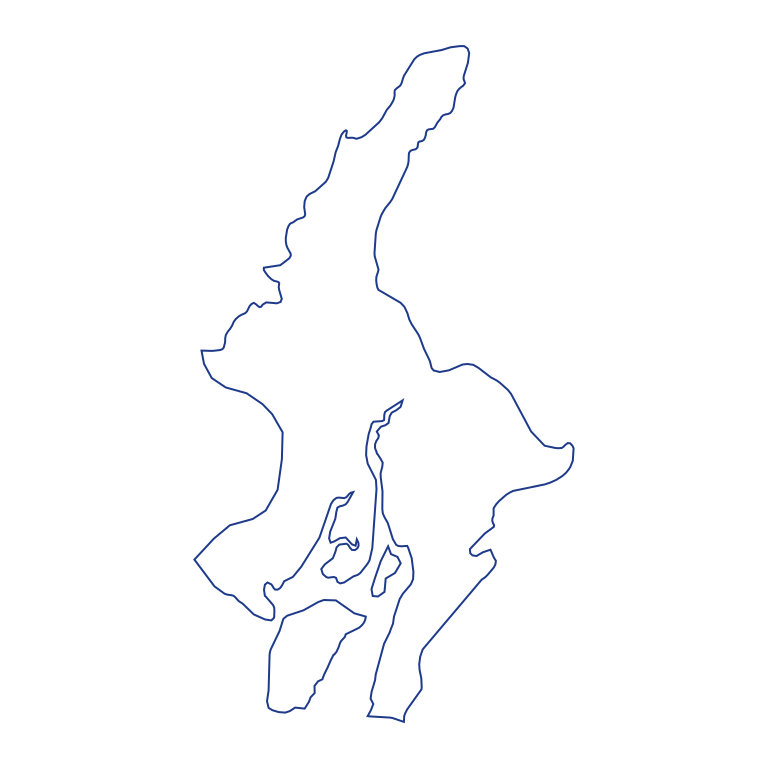 Guayas, Robinson projection
{"feature_id": "ECU-1280", "entity_name": "Guayas", "entity_type": "Province", "adm_level": 1, "iso_a3": "ECU", "parent_name": "Ecuador", "parent_adm1": "", "projection": "robinson", "projection_center": [-79.898, -1.951], "detail": "fine", "context": "isolated", "style": "outline", "palette": "blue", "viewbox_px": 768, "rotation_deg": 0, "n_neighbors": 0, "source": "natural_earth", "source_scale": "10m", "svg_char_len": 5798}
<svg xmlns="http://www.w3.org/2000/svg" viewBox="0 0 768 768"><path d="M367.7,716.1L371.0,710.0L373.3,704.0L370.6,698.7L371.6,691.8L375.1,680.0L375.7,674.6L384.1,643.7L389.8,632.2L390.4,630.2L393.0,623.7L394.0,616.6L399.7,599.0L402.8,593.8L410.8,584.4L413.1,579.1L413.4,571.7L411.7,558.2L408.1,547.6L407.2,545.9L401.4,546.3L398.3,546.0L396.2,544.8L392.9,539.2L387.8,523.0L384.4,517.0L382.8,513.3L382.3,509.0L382.5,491.3L380.7,477.2L380.6,473.2L382.3,466.6L382.7,462.5L381.5,460.6L381.0,459.4L377.6,454.2L376.8,453.4L376.4,451.3L375.6,449.8L375.0,447.7L375.1,444.0L376.5,440.7L378.3,438.1L378.9,435.4L376.8,431.6L380.9,426.7L385.2,425.3L388.5,423.1L389.8,416.0L391.8,412.6L396.2,410.3L400.6,406.9L402.6,400.4L386.7,410.6L385.0,412.1L384.3,414.8L384.1,420.1L382.1,421.1L373.5,421.7L371.5,424.3L371.0,426.7L368.7,434.0L366.5,446.2L366.1,455.0L367.7,463.7L375.9,479.8L376.5,489.0L372.3,548.1L369.5,560.4L367.6,563.7L360.3,573.0L357.7,574.9L353.4,576.4L344.1,582.5L340.2,583.4L337.5,581.9L336.0,577.8L333.8,577.0L328.1,577.7L326.2,577.0L322.8,574.0L321.3,569.0L324.9,564.3L332.9,558.2L335.4,551.8L336.6,547.3L339.3,544.6L346.5,543.7L348.2,544.9L349.8,547.5L351.9,549.9L354.9,550.1L357.4,548.3L358.6,545.8L358.4,542.7L356.8,539.4L355.6,545.7L352.0,544.4L345.7,537.5L339.8,538.2L334.5,541.3L330.6,542.7L329.1,538.4L330.2,531.7L335.3,518.8L336.4,511.5L337.4,507.7L339.8,506.3L342.9,505.6L345.7,504.3L347.7,501.9L353.2,492.1L350.7,492.8L349.3,493.8L346.5,497.1L344.3,498.1L338.9,497.6L336.4,497.9L333.4,500.3L331.0,504.0L319.4,537.7L301.2,566.8L292.9,576.9L284.2,581.2L282.2,585.1L280.2,588.0L277.7,589.6L275.2,589.6L273.8,588.3L272.8,586.5L271.4,584.4L267.5,582.5L264.9,584.7L264.0,589.8L264.9,595.9L265.9,596.7L273.2,605.2L274.2,607.7L274.4,611.1L274.1,617.7L271.4,620.4L265.2,619.5L253.9,614.5L242.6,603.6L238.7,601.1L235.2,597.2L233.7,595.9L232.0,595.3L227.2,594.6L224.7,593.8L214.5,586.4L194.4,559.6L213.8,538.7L229.8,525.3L252.7,519.0L265.7,510.5L277.6,489.8L281.9,459.1L282.6,432.3L272.2,414.2L262.5,404.1L246.7,393.3L225.6,387.4L211.7,378.0L204.0,363.8L201.5,350.6L212.6,350.9L220.4,350.0L222.6,349.0L223.8,347.4L224.3,345.3L224.9,343.3L225.2,341.0L225.2,338.4L225.8,335.1L227.8,331.6L230.2,328.7L232.2,325.4L233.7,321.9L235.7,319.1L238.9,316.3L241.5,314.8L245.3,313.1L247.0,311.4L249.6,306.1L251.6,303.9L253.8,302.9L255.8,304.1L257.8,305.9L259.5,307.1L261.2,306.7L262.7,304.6L266.3,302.4L276.8,303.3L280.5,302.0L281.8,298.9L279.2,290.0L278.7,287.2L279.0,284.8L279.2,283.2L278.6,282.2L276.9,281.5L274.1,280.9L271.5,279.3L268.0,276.0L265.2,272.2L263.7,269.7L263.9,267.7L280.3,265.2L289.4,258.2L290.8,255.6L290.6,253.5L287.6,248.2L286.4,245.1L285.8,241.3L285.8,237.8L287.1,229.7L288.4,226.3L290.0,223.8L291.3,223.0L293.0,222.4L297.2,219.4L303.2,217.4L304.7,216.1L305.2,214.3L304.2,207.2L304.7,201.1L306.5,196.8L309.4,194.1L315.3,191.2L325.9,181.7L328.2,177.9L333.6,161.4L335.7,152.1L338.1,146.0L339.9,139.0L341.6,134.5L344.1,131.4L345.9,130.3L346.8,130.9L346.6,133.1L346.0,135.8L346.4,137.4L347.9,137.9L352.2,137.7L354.2,138.1L356.5,138.8L361.5,137.2L365.4,134.8L379.2,122.2L382.3,118.1L386.7,110.0L390.3,105.7L392.3,102.4L393.7,99.6L394.3,97.2L394.7,95.0L394.5,92.8L394.8,90.3L396.2,88.7L400.2,85.7L401.7,82.9L402.8,79.0L404.0,75.7L414.2,59.4L416.9,56.7L420.1,54.8L424.5,53.2L441.7,50.0L450.5,47.3L459.9,46.1L464.2,46.1L467.6,48.5L469.2,53.1L467.9,62.9L463.7,76.2L463.6,79.2L464.5,81.4L465.0,83.2L463.3,85.6L461.2,87.1L459.0,89.0L457.2,91.4L455.9,94.8L455.2,97.3L453.5,107.7L452.1,110.8L450.3,113.0L448.0,114.0L445.6,114.4L443.1,115.3L441.3,117.1L440.4,118.9L437.4,122.6L434.9,127.1L433.2,128.8L429.0,129.3L427.2,130.1L426.2,132.1L425.6,135.8L424.8,138.1L423.8,139.9L422.3,140.9L420.5,141.4L419.3,141.6L418.3,142.4L418.0,143.9L417.5,147.4L416.4,148.7L415.1,149.4L412.1,150.1L411.0,150.6L409.9,151.5L409.1,152.8L408.8,154.9L408.6,160.8L408.1,164.0L407.3,166.8L392.3,198.9L390.1,202.2L385.3,208.1L382.0,213.7L380.7,216.6L376.4,230.3L375.8,233.7L374.5,252.9L374.7,256.2L378.5,269.5L378.1,271.5L376.4,276.8L376.2,280.5L376.7,284.8L377.4,287.7L378.5,289.9L400.6,302.8L404.4,306.8L407.3,312.9L409.3,319.5L411.7,324.3L418.4,334.5L420.2,338.4L423.9,348.6L429.9,361.1L431.6,368.0L433.7,370.5L439.7,372.0L449.0,370.3L462.6,364.5L467.4,364.0L473.2,364.8L478.4,367.8L490.6,377.2L496.6,380.4L499.8,382.7L507.8,389.8L511.0,393.8L531.1,431.5L544.6,445.7L555.4,448.0L558.6,448.2L561.7,448.0L563.5,446.8L565.2,445.0L567.7,443.1L570.2,443.3L572.4,445.7L573.6,448.3L572.8,460.7L570.3,467.0L568.9,469.2L566.1,472.7L562.5,475.9L556.2,479.9L550.0,482.7L544.7,484.4L513.2,490.9L509.9,492.5L506.2,494.8L499.0,501.1L496.1,504.4L493.6,508.3L493.6,515.6L492.5,518.3L492.2,520.6L493.0,523.1L494.1,525.2L493.8,526.9L484.9,533.4L469.9,549.1L470.3,553.3L472.5,555.4L476.5,556.0L482.8,552.3L490.5,549.7L493.8,557.4L495.9,560.9L495.4,564.4L493.9,567.4L488.0,574.4L485.7,576.8L484.1,578.1L482.5,579.0L481.3,580.1L422.7,649.4L420.2,656.7L419.2,664.4L419.6,670.0L421.3,678.3L421.7,686.9L421.5,689.3L407.1,709.5L405.2,713.3L404.2,716.0L403.9,721.9L393.1,718.2L390.3,717.6L369.8,716.4L367.7,716.1L367.7,716.1ZM323.8,600.0L335.9,600.4L354.3,613.3L365.8,616.6L365.4,618.9L364.7,621.1L363.6,623.1L362.2,624.9L359.2,627.7L345.7,634.3L344.9,636.9L341.1,641.0L340.2,642.6L338.6,647.3L336.4,652.0L334.2,654.6L333.6,654.7L330.8,660.2L327.6,667.5L324.2,674.4L322.4,679.3L318.1,681.3L314.5,685.9L314.7,693.0L310.6,697.3L309.0,701.7L304.7,708.6L295.1,707.6L289.8,711.1L285.2,712.6L278.7,712.1L272.4,710.2L268.6,707.9L267.0,701.2L268.6,690.4L269.6,654.0L270.5,649.9L279.5,631.1L283.4,618.8L287.2,615.7L303.5,610.3L318.1,602.1L323.8,600.0ZM388.1,546.3L391.0,554.1L397.5,556.9L400.7,563.3L395.0,573.0L385.7,578.5L384.5,591.9L378.0,596.5L372.7,596.0L371.5,589.1L375.1,577.6L380.8,561.0L388.1,546.3Z" fill="none" stroke="#1e3a8a" stroke-width="2"/></svg>